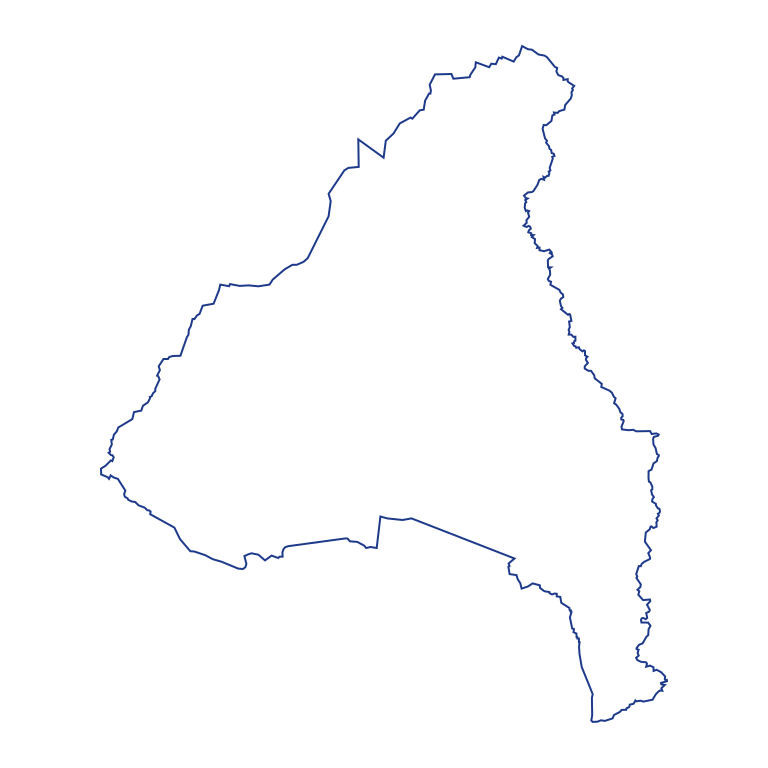 the district of Pueai Noi, Khon Kaen, Thailand
{"feature_id": "78962969B8052228194876", "entity_name": "Pueai Noi", "entity_type": "district", "adm_level": 2, "iso_a3": "THA", "parent_name": "Thailand", "parent_adm1": "Khon Kaen", "projection": "mercator", "projection_center": [102.886, 15.893], "detail": "fine", "context": "isolated", "style": "outline", "palette": "blue", "viewbox_px": 768, "rotation_deg": 0, "n_neighbors": 0, "source": "geoboundaries", "source_scale": "gbopen_adm2", "svg_char_len": 6085}
<svg xmlns="http://www.w3.org/2000/svg" viewBox="0 0 768 768"><path d="M111.8,444.6L109.5,449.1L110.1,451.8L108.6,452.8L111.0,455.1L112.5,455.3L113.7,457.3L112.3,461.1L110.9,460.4L105.5,465.8L101.0,468.6L101.2,474.5L107.5,477.1L109.0,478.9L110.7,475.4L113.7,477.5L117.9,478.9L125.4,490.7L124.1,493.9L124.8,496.7L127.6,498.4L128.2,499.8L131.7,501.5L135.2,502.0L138.5,505.3L144.8,507.7L147.2,510.2L149.4,510.5L150.6,511.6L150.2,514.2L174.4,527.6L180.0,539.1L190.3,551.2L194.3,551.5L205.3,555.2L212.8,559.2L221.5,561.7L238.2,568.6L242.9,569.0L245.3,567.3L246.4,563.9L244.4,556.1L248.3,554.3L251.5,553.3L258.4,554.7L265.0,560.4L271.6,555.6L278.2,558.0L279.6,556.7L282.6,556.6L282.4,552.6L283.4,549.4L285.0,547.3L288.1,546.2L345.6,538.4L347.6,538.6L349.9,541.3L357.3,541.9L364.3,545.7L366.1,548.0L370.5,547.0L376.7,548.0L380.4,516.5L387.2,518.4L402.6,520.0L411.5,518.4L514.5,558.5L508.6,563.5L509.5,566.1L508.4,566.7L509.6,574.1L516.5,575.1L517.8,579.4L520.3,583.2L521.6,588.6L528.1,586.4L532.6,583.4L539.8,585.3L540.0,587.9L544.3,591.2L549.5,592.1L549.7,593.3L552.1,594.4L554.8,593.5L556.8,593.8L556.7,596.4L560.3,596.9L561.3,602.8L569.4,608.0L569.7,610.2L570.9,610.5L570.6,611.7L571.5,612.0L569.9,617.4L572.2,628.5L574.0,629.1L573.5,632.2L576.4,633.5L576.6,637.1L577.3,637.1L577.4,638.5L578.9,638.5L578.9,642.1L579.6,642.2L579.0,646.6L579.5,653.9L581.7,666.9L592.7,694.2L591.9,697.9L592.2,715.3L591.3,720.5L592.6,721.9L597.4,721.7L601.0,720.3L604.8,720.9L612.6,718.4L614.0,715.0L619.9,711.9L621.6,709.9L626.2,709.8L626.5,708.3L629.2,707.1L629.8,704.6L633.5,703.8L635.4,700.5L636.1,701.3L640.8,700.7L643.3,701.6L652.6,699.7L655.7,694.4L658.5,691.5L660.0,690.5L662.3,690.8L661.4,688.2L664.8,684.9L661.3,684.3L661.0,682.9L667.0,681.2L666.8,679.9L665.5,680.2L664.8,679.2L665.1,676.4L661.1,672.2L656.7,669.8L653.6,670.9L653.5,667.3L650.0,665.6L646.2,666.7L647.0,663.7L646.1,662.3L640.9,661.8L637.3,660.0L636.1,657.8L638.7,655.6L637.6,652.9L638.6,649.7L636.6,649.1L636.6,648.1L639.0,644.8L642.6,643.4L646.3,636.9L648.2,635.2L648.6,629.2L650.5,625.8L648.1,622.6L641.4,622.5L641.0,619.7L641.7,618.4L643.0,617.9L645.8,619.2L647.2,617.9L646.2,613.0L649.2,611.6L649.8,609.9L647.0,604.7L650.3,601.2L649.9,599.5L643.1,600.1L638.3,594.7L639.3,591.3L637.5,589.8L640.4,587.0L640.8,584.4L636.4,577.9L637.3,576.4L636.2,574.1L638.8,566.1L640.8,566.2L641.7,563.9L644.1,561.9L649.9,559.0L650.2,557.8L648.3,553.1L651.0,550.2L644.9,541.7L645.8,532.5L649.7,529.3L650.6,526.6L651.4,526.4L653.4,528.0L656.6,526.7L656.4,522.2L657.7,520.3L656.5,518.4L658.9,515.5L657.9,513.7L659.5,512.8L660.0,511.0L659.3,508.7L657.9,508.4L656.0,505.4L655.9,503.9L652.1,501.5L652.4,499.1L653.9,497.1L652.1,494.6L651.1,490.3L652.3,489.3L652.3,486.6L650.4,482.4L648.9,481.6L648.5,477.6L648.6,471.1L651.5,469.6L653.5,463.4L656.9,461.1L657.6,457.7L658.8,456.0L658.8,455.1L656.9,454.0L655.6,448.1L653.5,444.6L653.1,438.9L653.8,436.9L658.0,435.8L658.7,434.5L656.3,433.4L651.7,434.0L650.1,431.1L636.1,431.3L633.3,429.8L628.6,430.2L622.0,429.4L621.5,426.7L623.7,421.1L623.3,419.9L621.3,419.5L621.2,417.8L622.7,416.1L622.4,413.8L620.4,412.3L619.3,408.9L616.1,404.5L614.1,403.2L615.6,398.3L613.9,396.8L611.9,392.7L609.4,390.6L601.3,387.0L601.8,383.9L594.7,378.3L594.2,375.2L591.0,370.8L588.4,370.8L584.8,368.6L584.7,366.4L587.9,362.9L585.9,359.8L586.0,358.3L587.5,356.8L585.0,355.3L585.0,351.1L583.9,350.4L582.5,351.4L579.5,349.0L578.9,347.3L576.2,347.8L575.6,346.3L574.2,346.0L572.5,343.4L573.9,343.1L574.2,341.3L575.4,340.8L575.4,336.7L573.4,336.9L571.3,334.6L568.7,334.6L569.4,331.6L568.6,329.9L569.8,327.2L569.1,321.5L571.4,320.9L570.1,314.5L569.2,314.0L568.0,314.8L561.0,309.2L562.4,308.0L561.0,306.1L559.8,300.8L561.0,298.6L563.3,297.1L562.9,294.4L560.7,292.7L559.4,289.9L550.4,284.8L551.0,281.7L548.8,280.9L547.8,279.1L550.2,274.6L549.9,270.4L549.0,268.7L550.9,267.4L548.1,267.2L547.8,260.7L548.6,259.0L552.7,256.3L552.1,254.5L549.8,253.0L550.4,252.4L551.5,253.2L551.8,252.5L549.3,249.6L544.0,251.2L539.5,250.2L539.5,247.6L537.1,247.9L537.8,246.3L534.7,243.1L535.0,239.1L531.9,237.1L533.6,235.1L531.1,235.2L531.3,233.3L528.3,232.3L528.8,230.5L530.8,228.7L530.1,226.7L528.6,225.9L526.5,227.0L523.6,225.7L526.7,222.8L526.4,220.3L529.2,216.8L528.0,212.7L529.1,211.1L527.2,210.4L525.9,211.1L524.7,207.7L525.1,203.3L526.3,202.1L525.2,200.1L527.6,198.5L525.7,198.0L524.0,195.6L528.0,192.4L531.8,192.1L533.5,191.0L537.6,184.6L539.2,180.0L541.3,178.8L544.1,179.8L543.5,176.8L545.2,177.6L547.2,175.8L548.6,175.9L549.4,173.1L548.7,171.6L550.4,170.5L549.7,167.8L552.8,158.6L552.2,156.9L554.5,155.9L553.7,153.7L551.7,153.1L551.1,149.9L549.5,148.8L549.0,146.3L546.1,142.6L547.0,140.8L545.0,138.3L542.6,128.7L543.7,125.0L546.3,125.2L551.4,121.0L552.4,115.3L554.5,114.6L553.9,112.5L557.7,112.9L559.2,111.1L564.4,109.6L565.2,105.0L570.8,98.5L571.8,95.3L571.5,92.1L572.9,90.1L572.1,88.5L574.2,85.9L568.6,82.3L567.6,81.1L567.7,79.2L563.4,79.9L563.4,78.1L562.3,76.6L558.3,75.1L556.4,71.5L557.2,67.9L554.9,66.9L546.9,57.1L544.5,55.6L538.5,54.5L532.0,49.7L527.9,49.2L522.1,46.1L519.0,55.3L516.2,57.4L513.7,61.6L502.3,56.7L501.7,58.6L498.9,57.6L495.8,64.2L491.3,63.7L489.2,67.2L475.8,62.3L475.3,67.3L470.4,74.7L469.7,77.2L453.4,78.7L451.4,74.0L435.0,74.4L429.7,84.7L430.9,90.5L430.4,93.6L429.0,93.6L425.1,100.7L423.7,109.7L419.8,110.3L412.3,118.7L410.5,117.6L399.8,123.4L393.5,133.5L385.8,140.7L383.6,157.7L358.3,139.4L358.7,166.9L348.4,167.9L344.4,170.3L328.6,193.8L330.7,201.1L328.6,216.3L307.7,258.2L303.5,261.9L296.7,264.8L292.4,264.8L284.7,269.3L272.8,279.5L269.5,284.6L258.4,286.3L248.7,285.4L239.6,285.9L230.0,284.1L229.1,286.2L220.3,284.6L218.9,290.4L213.6,303.7L202.7,305.7L199.5,314.0L197.0,315.4L194.4,319.1L192.5,319.0L190.8,326.1L188.9,329.6L188.4,334.9L187.0,336.9L180.4,355.8L172.7,356.0L169.2,357.1L168.0,359.0L163.5,359.0L158.7,366.3L159.9,370.1L157.1,375.7L158.2,376.2L159.6,379.4L155.3,388.7L155.3,391.1L153.0,393.3L151.6,396.3L149.8,397.0L149.9,398.5L147.9,402.4L142.9,405.8L141.3,410.6L134.0,412.1L132.3,419.1L118.4,427.4L116.7,431.5L113.9,434.7L112.8,439.5L111.3,439.8L111.8,444.6Z" fill="none" stroke="#1e3a8a" stroke-width="2"/></svg>